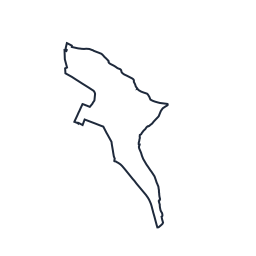 Bakau, Banjul, Gambia (orthographic projection), rotated 65°
{"feature_id": "56634734B97208940932189", "entity_name": "Bakau", "entity_type": "district", "adm_level": 2, "iso_a3": "GMB", "parent_name": "Gambia", "parent_adm1": "Banjul", "projection": "orthographic", "projection_center": [-16.668, 13.473], "detail": "fine", "context": "isolated", "style": "outline", "palette": "slate", "viewbox_px": 256, "rotation_deg": 65, "n_neighbors": 0, "source": "geoboundaries", "source_scale": "gbopen_adm2", "svg_char_len": 3831}
<svg xmlns="http://www.w3.org/2000/svg" viewBox="0 0 256 256"><g transform="rotate(65 128 128)"><path d="M230.5,143.4L230.8,142.7L230.8,141.9L230.1,139.3L229.5,137.4L228.8,136.5L228.5,136.2L228.1,136.2L227.4,136.0L226.4,135.9L225.3,135.7L224.3,135.5L223.5,135.3L222.9,135.1L222.6,135.1L222.4,134.5L222.4,134.3L221.9,133.8L221.6,133.7L220.6,133.3L219.3,133.1L217.9,133.3L216.4,133.3L215.1,133.0L213.8,132.7L212.2,132.2L210.6,131.5L210.2,131.5L208.2,131.2L207.6,131.0L207.2,131.0L206.3,129.6L206.5,129.5L206.0,129.0L204.5,128.7L203.2,128.4L202.6,128.2L201.4,127.8L200.5,127.4L199.0,127.0L198.3,126.6L197.5,126.3L196.9,126.1L196.0,125.9L194.5,125.4L193.7,125.2L192.5,125.2L191.3,125.1L189.6,125.1L187.2,124.8L185.2,124.6L183.1,124.4L181.6,124.6L177.5,125.2L175.7,125.6L171.7,126.2L169.0,126.7L163.6,127.2L162.4,127.3L158.9,127.1L157.8,126.9L156.9,126.8L156.5,126.7L154.5,126.6L151.6,126.5L150.8,126.4L150.3,126.3L149.7,126.1L149.6,125.9L149.2,125.7L148.3,124.7L148.0,124.5L147.9,124.8L147.7,125.1L147.4,125.2L147.0,125.0L146.0,124.6L145.1,123.8L144.2,123.1L143.4,122.6L142.8,122.1L142.2,121.6L141.4,121.2L141.0,121.2L139.3,120.2L139.2,118.7L138.9,118.3L138.3,117.5L137.8,116.5L137.0,115.0L136.3,112.8L135.2,111.0L135.0,110.3L134.8,109.7L134.8,109.0L135.1,108.8L135.1,108.0L134.8,106.9L134.7,106.7L134.2,104.3L133.0,101.9L132.4,100.4L132.0,99.4L131.2,97.3L130.4,95.3L126.7,91.3L126.4,90.9L125.5,89.4L124.8,88.1L124.3,84.8L124.2,83.5L124.1,82.9L123.9,82.3L123.5,82.1L123.0,82.0L122.7,82.3L118.8,88.5L117.5,90.1L115.4,92.5L114.2,93.7L113.9,94.0L112.4,95.2L111.6,95.7L110.8,95.6L110.0,95.6L108.5,95.5L107.4,95.7L106.1,95.8L105.0,96.2L104.3,96.9L104.0,97.2L103.9,97.3L102.7,98.6L101.3,100.0L100.2,101.0L99.7,101.3L98.6,102.1L97.3,102.7L96.1,102.9L96.1,103.0L96.0,102.9L94.2,103.3L93.5,103.4L92.4,103.2L91.2,103.1L88.6,103.2L87.8,102.7L87.2,102.6L86.9,102.5L86.5,102.5L85.9,102.7L84.8,103.3L80.8,106.4L79.8,107.2L78.5,108.3L77.6,109.0L77.2,109.2L75.9,109.9L75.0,110.1L74.5,110.2L74.0,110.1L73.3,109.9L73.0,109.9L72.7,109.8L72.2,109.9L71.6,110.1L71.0,110.6L70.2,111.4L69.7,111.9L68.7,112.6L67.2,113.4L65.4,114.6L64.4,115.4L62.6,116.8L62.0,117.2L61.6,117.4L61.4,117.5L61.0,117.7L60.5,117.7L60.1,117.8L59.8,117.7L59.7,117.7L59.3,117.3L59.0,117.3L58.3,117.5L57.6,117.8L56.4,118.2L55.8,118.4L54.6,118.9L53.4,119.4L52.5,119.6L51.6,119.9L50.7,120.2L49.6,120.7L49.0,121.2L48.5,121.7L48.4,121.8L47.4,122.7L47.0,123.1L46.1,124.0L43.8,126.2L43.6,126.4L43.5,126.5L42.5,127.1L42.4,127.3L41.6,128.2L41.4,128.3L40.1,129.6L39.5,130.6L38.5,132.4L37.8,134.4L36.5,136.8L36.0,137.5L34.8,139.5L30.8,144.7L29.6,144.1L25.3,147.4L25.2,147.5L29.9,151.2L31.4,150.5L32.2,151.4L30.8,152.7L39.0,156.2L47.4,157.7L47.4,157.9L47.4,159.8L52.0,161.6L57.9,157.3L63.2,154.0L63.3,153.9L68.7,150.5L71.3,148.8L75.0,146.4L79.2,143.8L79.3,143.7L79.8,143.5L80.3,143.3L81.5,143.2L82.7,143.3L83.3,143.5L88.7,146.7L89.0,147.0L90.1,148.9L90.3,149.2L90.8,149.8L91.0,150.1L92.7,153.7L92.6,153.8L90.1,156.1L89.9,156.4L89.6,156.6L87.7,158.4L87.6,158.5L87.4,158.7L87.1,159.1L88.2,160.4L89.6,162.1L92.3,165.2L92.8,165.9L94.8,168.2L94.9,168.3L95.0,168.4L98.1,172.1L99.0,173.2L99.5,173.8L99.7,174.0L101.8,172.0L102.4,171.5L102.6,171.4L102.8,171.3L102.3,170.9L102.5,170.7L106.1,167.9L102.0,163.7L106.1,159.7L110.1,155.8L114.2,151.9L116.3,149.8L123.9,149.5L124.6,149.4L133.6,148.8L135.7,149.5L141.9,151.2L144.7,152.0L147.6,152.8L150.2,153.0L151.2,153.8L151.7,154.1L151.8,154.2L152.2,154.4L152.4,154.3L152.7,153.9L153.1,153.4L153.5,152.9L154.3,152.5L155.6,151.5L157.8,150.2L159.9,149.4L162.8,148.6L164.3,148.2L176.0,145.3L178.7,144.5L182.0,143.8L196.3,140.0L198.0,139.7L199.6,139.4L201.7,139.2L203.9,139.2L206.5,139.3L208.6,139.6L211.8,140.2L214.1,140.6L215.0,140.8L219.5,141.5L224.5,142.4L226.8,142.8L227.8,143.0L229.4,143.2L230.5,143.4Z" fill="none" stroke="#1e293b" stroke-width="2"/></g></svg>